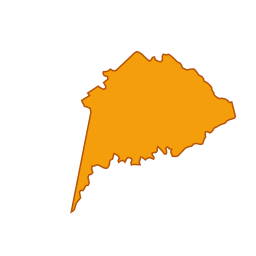 outline of Rio das Antas, Santa Catarina, Brazil, rotated 141°
{"feature_id": "56859067B48029334422149", "entity_name": "Rio das Antas", "entity_type": "district", "adm_level": 2, "iso_a3": "BRA", "parent_name": "Brazil", "parent_adm1": "Santa Catarina", "projection": "equal_earth", "projection_center": [-51.055, -26.911], "detail": "fine", "context": "isolated", "style": "filled", "palette": "amber", "viewbox_px": 256, "rotation_deg": 141, "n_neighbors": 0, "source": "geoboundaries", "source_scale": "gbopen_adm2", "svg_char_len": 2378}
<svg xmlns="http://www.w3.org/2000/svg" viewBox="0 0 256 256"><g transform="rotate(141 128 128)"><path d="M31.0,82.9L33.3,84.1L33.2,86.8L34.3,89.4L36.2,91.9L38.3,93.2L39.6,95.5L40.3,99.2L39.3,101.5L38.8,105.0L37.5,106.8L37.5,109.5L37.9,112.7L38.5,114.7L39.5,116.7L38.3,118.7L38.3,121.4L39.7,124.8L39.4,128.2L39.5,132.2L41.6,133.8L44.2,135.4L45.9,136.1L46.7,138.2L47.9,140.7L47.0,142.8L46.7,145.6L48.0,147.9L48.3,150.5L48.7,153.9L49.3,157.4L50.2,159.9L52.2,160.7L54.2,163.1L56.3,162.2L57.4,160.5L58.9,158.8L61.2,159.1L62.4,160.6L63.9,163.9L62.7,166.5L64.5,167.4L67.1,166.4L69.1,166.4L69.9,169.5L70.4,173.3L70.7,176.4L71.7,179.6L73.1,181.8L75.5,182.2L77.9,182.0L101.3,180.2L103.7,182.1L104.6,184.8L106.9,184.8L109.3,185.4L111.6,187.2L113.1,186.1L113.5,183.6L111.5,180.8L112.9,178.6L115.5,178.6L118.4,178.7L118.8,174.9L120.6,172.8L122.6,173.4L124.1,176.5L124.9,179.3L137.4,180.5L137.4,177.4L146.7,178.6L148.2,172.2L146.4,169.8L145.1,167.0L146.9,163.6L225.0,98.4L222.2,98.1L219.8,99.1L218.0,100.6L216.0,101.8L214.0,102.6L211.6,103.0L208.8,103.6L207.2,106.7L205.8,108.9L203.9,109.3L202.5,107.7L200.4,108.3L197.2,109.7L194.9,108.6L192.6,110.0L191.2,112.7L190.1,115.0L187.8,116.1L185.6,115.2L183.4,115.5L182.1,118.9L179.9,120.9L177.3,119.4L175.3,118.9L173.6,116.5L172.2,112.8L170.6,110.6L169.0,109.9L166.3,110.8L164.8,111.9L163.3,113.6L161.3,114.1L159.5,113.6L157.0,115.5L155.0,117.0L153.7,114.4L153.2,112.0L153.9,109.7L156.0,109.1L156.9,107.2L154.6,107.1L152.1,105.8L151.9,103.3L149.2,104.6L147.1,105.3L145.7,104.2L144.5,101.9L145.8,100.1L147.6,99.2L148.6,97.2L146.4,96.1L144.1,93.9L141.7,91.8L141.0,94.0L139.0,95.7L136.4,97.4L135.1,95.3L134.6,92.3L131.9,92.3L129.9,91.5L128.7,89.6L127.7,87.7L126.2,88.8L126.1,91.8L124.9,93.4L123.3,92.6L121.6,91.4L119.7,91.8L118.3,93.4L116.8,94.8L116.2,92.8L116.0,90.2L115.9,87.5L116.0,84.7L114.4,83.8L113.0,85.1L112.1,86.9L110.8,88.8L109.1,88.3L109.0,85.8L107.5,84.1L109.8,82.5L110.5,80.5L111.3,78.0L109.8,76.7L107.8,75.2L105.8,75.0L103.7,75.3L101.2,75.6L99.4,75.8L97.8,76.1L96.0,76.2L94.4,75.8L92.2,75.1L89.8,73.8L87.0,74.3L84.2,72.6L82.1,69.7L80.1,68.8L78.5,69.6L76.9,70.7L75.5,71.5L73.3,72.2L71.9,74.7L70.1,76.2L68.5,75.1L67.5,72.7L65.5,72.4L63.2,72.9L61.3,73.7L58.9,73.2L56.3,72.7L54.1,72.4L52.2,71.7L49.3,70.7L47.3,71.2L45.6,71.1L43.6,70.5L41.2,69.5L39.0,68.8L37.3,69.3L31.0,82.9Z" fill="#f59e0b" stroke="#b45309" stroke-width="1.5"/></g></svg>